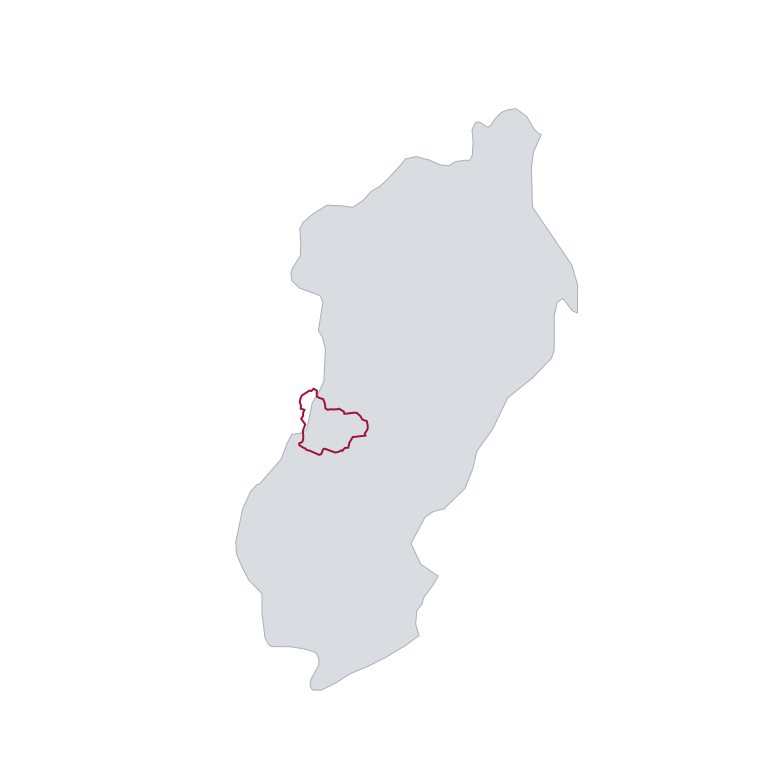 location of Bulqizë, Dibër, Albania, rotated 207°
{"feature_id": "67620474B60153855067708", "entity_name": "Bulqizë", "entity_type": "district", "adm_level": 2, "iso_a3": "ALB", "parent_name": "Albania", "parent_adm1": "Dibër", "projection": "robinson", "projection_center": [20.355, 41.469], "detail": "fine", "context": "in_parent", "style": "outline", "palette": "rose", "viewbox_px": 768, "rotation_deg": 207, "n_neighbors": 0, "source": "geoboundaries", "source_scale": "gbopen_adm2", "svg_char_len": 2357}
<svg xmlns="http://www.w3.org/2000/svg" viewBox="0 0 768 768"><g transform="rotate(207 384 384)"><path d="M248.5,237.4L249.1,227.3L251.7,211.2L250.3,205.9L251.8,196.7L246.8,184.5L238.6,175.7L246.6,160.0L258.4,141.2L269.3,126.2L282.5,110.6L291.3,95.7L300.8,82.8L308.9,78.9L312.9,81.6L315.0,87.2L314.5,103.9L317.2,109.6L322.8,113.8L334.6,111.8L347.7,107.6L365.4,98.8L368.4,99.4L374.9,104.0L388.5,124.1L397.6,141.8L415.4,147.9L425.3,154.8L438.1,165.3L444.3,175.9L453.1,208.1L454.1,227.6L451.6,236.5L449.4,238.8L441.5,270.5L443.4,286.7L443.3,297.4L436.6,301.6L432.1,308.3L439.4,334.7L438.5,346.0L438.8,358.9L452.0,388.4L459.8,397.5L466.7,401.8L475.6,429.0L480.9,433.7L502.5,431.1L513.0,434.1L517.2,440.6L518.2,445.0L516.8,460.2L522.2,471.9L529.4,483.9L529.4,491.3L524.6,503.3L516.0,517.4L504.6,522.7L492.0,527.3L485.9,538.2L482.9,549.8L477.3,558.4L473.8,567.9L468.4,587.1L467.2,594.1L458.6,601.2L445.3,604.1L433.5,604.7L425.4,607.9L421.3,614.5L413.7,619.9L409.2,622.2L409.2,628.1L414.7,640.5L421.0,650.5L421.1,658.5L418.0,660.8L408.3,659.8L406.3,662.7L405.2,671.7L402.6,679.4L398.6,684.0L391.6,689.1L378.9,687.5L366.9,679.8L360.7,677.4L357.1,677.7L356.2,658.9L351.1,644.2L332.2,609.2L270.7,575.3L256.3,560.0L250.0,547.2L243.8,535.1L249.8,534.8L255.8,537.9L263.5,541.5L266.7,535.5L263.4,522.3L247.7,491.4L246.5,482.9L254.4,457.0L267.4,428.0L266.7,392.8L270.8,366.3L266.5,349.0L264.4,327.9L274.0,299.8L282.0,292.9L287.0,284.0L287.5,254.1L269.4,240.1L248.5,237.4Z" fill="#d9dde1" stroke="#a8b0b8" stroke-width="1"/><path d="M378.1,335.6L378.8,338.0L380.2,340.3L382.5,343.1L387.3,342.5L390.2,344.6L395.1,345.9L397.8,344.8L403.6,340.8L405.8,339.5L407.4,341.2L412.9,341.6L414.3,340.1L417.6,338.4L420.6,336.9L422.5,335.4L425.3,335.8L426.7,338.2L428.6,340.5L431.3,342.9L435.1,342.3L437.9,342.3L439.3,344.2L440.7,347.6L444.6,347.8L445.5,344.8L447.4,344.4L449.3,341.0L452.0,336.5L451.8,333.0L450.9,329.6L448.1,327.0L447.0,324.2L443.2,324.9L443.0,321.7L441.6,318.7L442.0,315.4L435.8,312.2L435.1,305.6L431.6,299.7L430.6,296.7L430.7,294.9L432.6,292.7L431.8,291.1L428.3,290.7L424.6,290.7L423.3,290.1L419.4,290.9L409.7,291.4L408.1,293.0L408.6,298.1L407.6,299.4L401.2,300.2L396.4,300.8L394.1,302.5L391.8,305.6L390.8,305.4L389.9,309.2L386.9,311.1L387.5,313.5L388.2,315.7L387.8,322.5L377.1,329.6L378.7,331.3L378.1,335.6Z" fill="none" stroke="#9f1239" stroke-width="2"/></g></svg>